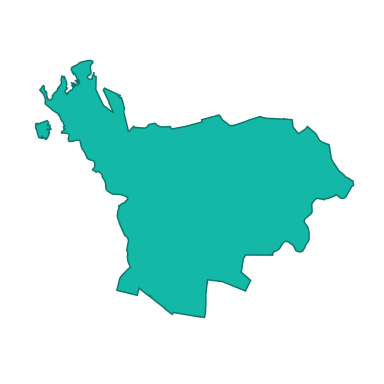 the district of Inner West, New South Wales, Australia, rotated 274°
{"feature_id": "25037944B74627164094069", "entity_name": "Inner West", "entity_type": "district", "adm_level": 2, "iso_a3": "AUS", "parent_name": "Australia", "parent_adm1": "New South Wales", "projection": "natural_earth1", "projection_center": [151.167, -33.89], "detail": "fine", "context": "isolated", "style": "filled", "palette": "teal", "viewbox_px": 384, "rotation_deg": 274, "n_neighbors": 0, "source": "geoboundaries", "source_scale": "gbopen_adm2", "svg_char_len": 5816}
<svg xmlns="http://www.w3.org/2000/svg" viewBox="0 0 384 384"><g transform="rotate(274 192 192)"><path d="M265.4,302.5L263.5,301.4L262.2,300.2L257.6,294.0L264.1,288.1L271.0,287.0L271.3,279.7L270.9,279.5L271.6,278.2L271.0,277.7L270.8,263.9L270.6,262.1L271.5,255.8L271.9,255.6L272.0,254.7L267.9,244.2L265.7,239.7L262.1,231.0L261.2,228.1L260.8,225.7L261.1,224.9L266.1,217.3L269.4,215.0L270.7,213.8L264.8,196.6L262.6,197.3L257.0,181.1L253.8,168.8L253.4,167.5L255.8,165.6L254.9,158.9L254.9,155.7L255.3,154.3L256.0,152.9L258.0,150.4L256.4,144.6L256.1,144.1L254.2,143.0L252.5,140.8L252.4,134.8L252.6,131.4L252.4,130.7L252.0,130.2L253.3,129.7L253.4,129.2L251.6,127.5L248.5,125.4L248.2,124.4L248.6,123.9L249.0,124.1L267.8,118.1L270.1,119.0L279.4,115.8L281.1,115.0L281.1,113.3L283.3,113.7L283.4,113.2L282.1,112.6L283.3,111.4L284.0,111.7L289.5,97.4L287.3,96.5L287.1,96.9L286.8,96.8L275.2,103.4L274.9,103.0L266.1,108.0L265.9,107.6L272.2,97.6L282.3,91.8L287.4,88.9L300.4,88.3L300.4,88.0L300.2,88.0L301.8,85.6L303.9,86.1L304.0,85.7L302.0,85.2L300.9,84.5L297.8,84.6L297.4,83.2L297.4,81.5L297.7,80.9L298.9,79.6L299.8,79.5L300.5,80.3L301.1,80.4L301.6,80.9L301.3,81.3L302.7,82.8L305.4,82.8L309.5,81.8L310.5,81.8L311.6,82.2L314.0,83.9L315.1,84.0L315.7,83.5L316.2,81.8L315.9,79.4L314.0,73.0L312.8,70.4L311.7,69.6L310.3,67.7L309.5,65.9L308.3,63.9L307.5,63.2L306.9,63.1L305.9,63.3L305.5,62.9L303.1,64.8L302.9,64.4L301.1,65.8L301.7,66.6L298.8,68.6L297.6,69.1L295.1,71.7L294.2,72.1L293.4,72.2L293.2,72.1L293.2,71.9L295.5,69.2L294.8,68.0L292.8,70.3L292.3,71.5L291.0,70.2L291.3,70.1L291.1,70.0L290.9,70.2L290.7,70.0L290.8,69.8L290.6,69.5L291.5,68.6L291.3,68.5L290.5,69.5L290.0,68.9L292.5,66.1L292.3,65.9L290.4,67.9L289.7,67.2L292.5,64.4L292.3,64.2L289.2,67.4L288.4,66.7L290.2,65.0L289.8,64.7L288.1,66.3L286.1,65.5L285.1,64.9L284.8,64.0L285.0,63.7L281.9,60.8L281.5,61.2L280.7,60.9L280.5,60.5L280.7,60.3L283.5,58.1L284.8,58.7L285.9,59.9L286.9,60.5L287.2,60.1L287.3,59.3L287.5,58.9L290.5,59.6L292.7,59.2L295.5,57.9L296.6,57.0L296.9,57.4L296.8,57.6L298.4,56.3L298.2,56.0L297.7,56.3L297.5,56.1L298.0,55.6L298.2,54.8L298.5,54.0L294.5,53.6L292.1,54.3L290.8,54.1L289.7,53.5L287.4,51.8L287.1,52.1L286.8,51.9L286.0,51.3L286.2,51.1L285.4,50.6L285.2,50.8L283.4,50.3L281.0,47.8L279.0,46.4L278.0,46.0L275.7,46.3L275.4,46.1L274.2,44.4L274.0,43.5L274.1,42.7L275.1,41.2L275.2,41.5L278.1,40.4L280.9,39.9L281.0,40.1L281.5,39.8L281.4,39.5L282.0,39.2L281.9,39.1L282.3,38.5L284.0,37.3L286.5,37.2L287.5,36.9L287.8,36.3L286.1,34.9L285.6,35.0L283.3,33.1L282.2,33.7L281.0,35.6L280.7,35.5L279.8,36.4L279.7,36.8L278.0,37.7L274.9,39.1L272.6,39.5L271.5,39.3L271.5,39.5L271.2,39.5L270.6,39.3L269.6,39.5L265.1,45.9L263.7,47.4L261.3,52.0L261.0,52.9L260.4,53.5L260.0,53.2L259.6,53.4L259.5,53.7L260.0,54.0L259.5,54.3L259.3,54.1L259.1,54.2L259.2,54.3L254.4,56.7L252.2,58.8L251.1,59.0L248.5,60.5L248.1,59.2L245.8,59.9L245.9,60.7L245.3,60.5L243.9,59.3L242.9,57.8L242.3,57.6L241.9,57.8L241.5,58.4L241.9,59.8L241.9,60.9L241.8,61.1L241.8,63.7L240.7,65.4L240.1,65.7L236.3,64.7L234.0,65.7L233.8,66.0L234.2,69.3L235.8,73.6L235.7,75.8L235.3,76.7L233.0,77.3L232.4,77.8L230.1,78.1L228.5,79.0L226.6,79.9L226.2,80.5L225.0,81.4L219.8,84.6L218.3,85.0L216.9,87.9L216.7,89.9L216.3,91.1L215.5,92.2L214.7,92.8L213.0,93.2L210.5,93.1L209.4,92.7L207.6,91.4L206.9,91.5L206.1,93.8L205.0,94.9L206.0,96.5L206.0,97.1L204.6,99.5L203.1,100.9L201.9,101.4L200.5,101.5L198.3,103.4L196.0,104.7L193.3,105.5L190.6,105.6L188.7,106.3L187.5,107.2L185.6,110.3L184.4,113.1L184.4,121.0L184.1,123.0L183.6,124.9L182.5,127.4L181.4,128.5L179.1,127.5L178.4,126.5L177.1,125.9L175.1,122.5L174.2,121.5L173.3,121.0L173.4,120.3L173.2,119.9L172.9,119.8L172.5,120.6L167.3,119.3L163.5,119.1L160.9,119.6L155.8,122.0L155.5,121.8L144.5,127.7L143.9,128.1L143.1,129.5L141.8,130.9L140.4,131.7L139.0,132.0L137.4,131.9L131.2,131.1L129.1,131.0L127.4,132.1L125.5,132.2L123.1,132.0L119.3,132.7L117.2,133.4L112.7,135.9L111.4,134.3L104.1,128.1L101.8,126.5L100.2,125.9L88.7,123.9L85.1,144.6L92.3,145.8L85.2,156.4L86.0,156.9L85.8,157.3L85.4,157.0L85.0,157.3L84.1,159.0L83.7,158.7L74.1,173.1L73.8,172.9L73.5,173.3L68.5,180.7L70.5,181.8L67.9,208.8L68.2,208.7L67.8,213.2L74.5,214.0L75.0,213.6L80.4,213.7L89.8,213.0L102.3,213.4L102.4,213.8L103.8,213.5L105.5,213.6L104.8,228.2L97.0,252.3L101.1,253.8L107.9,256.7L115.7,246.4L116.2,246.8L129.3,247.9L132.9,250.1L134.7,277.0L136.6,276.7L138.6,278.5L139.0,279.7L139.7,281.0L141.5,283.1L142.7,283.9L146.7,285.8L148.7,287.4L149.2,288.3L149.2,290.5L148.8,291.7L146.1,296.3L144.7,297.6L141.1,299.5L140.3,300.6L140.0,301.7L139.8,304.2L140.2,305.5L140.9,306.5L143.8,308.1L147.4,309.3L151.0,311.4L152.5,312.0L154.3,312.0L160.2,311.5L163.5,310.6L165.6,309.6L168.3,307.0L170.3,306.0L171.2,306.0L173.3,306.7L177.9,311.6L179.7,312.9L180.8,313.2L187.9,312.3L189.6,312.9L192.7,315.0L194.3,316.8L194.4,318.3L194.0,319.9L194.1,322.2L193.5,324.3L193.8,324.9L194.2,325.0L194.6,325.8L194.7,326.8L195.3,328.5L198.0,334.6L199.5,335.8L196.2,340.9L196.0,342.5L196.5,344.1L197.3,345.3L198.4,346.1L208.2,350.7L209.6,352.0L209.9,352.7L214.4,351.7L214.6,350.4L215.9,348.5L217.9,343.9L219.3,342.7L223.4,337.1L232.9,329.8L235.6,328.5L248.4,325.6L249.1,324.7L249.4,322.6L251.2,317.5L253.0,315.1L257.5,312.4L259.7,310.4L265.4,302.5ZM249.8,32.7L248.9,31.3L245.1,31.5L242.0,33.2L239.6,33.7L237.4,34.8L235.9,35.2L235.4,36.5L235.2,38.1L235.8,37.8L236.1,38.2L235.3,38.7L235.3,39.0L236.8,38.4L237.2,38.9L235.7,39.8L235.5,41.0L235.0,41.1L234.6,42.3L235.5,42.3L235.6,43.1L235.1,43.3L236.0,43.8L236.0,44.0L240.5,45.7L240.6,45.3L241.5,45.6L241.8,45.0L243.3,45.1L243.3,44.7L243.9,44.7L244.0,43.3L244.7,43.4L244.5,46.9L244.9,46.9L245.0,45.6L245.6,45.7L245.8,46.1L247.7,45.8L248.1,45.0L248.8,45.2L248.5,44.3L248.6,43.8L248.3,43.6L248.5,43.1L251.1,44.2L253.1,42.6L248.9,33.2L249.8,32.7Z" fill="#14b8a6" stroke="#0f766e" stroke-width="1.5"/></g></svg>